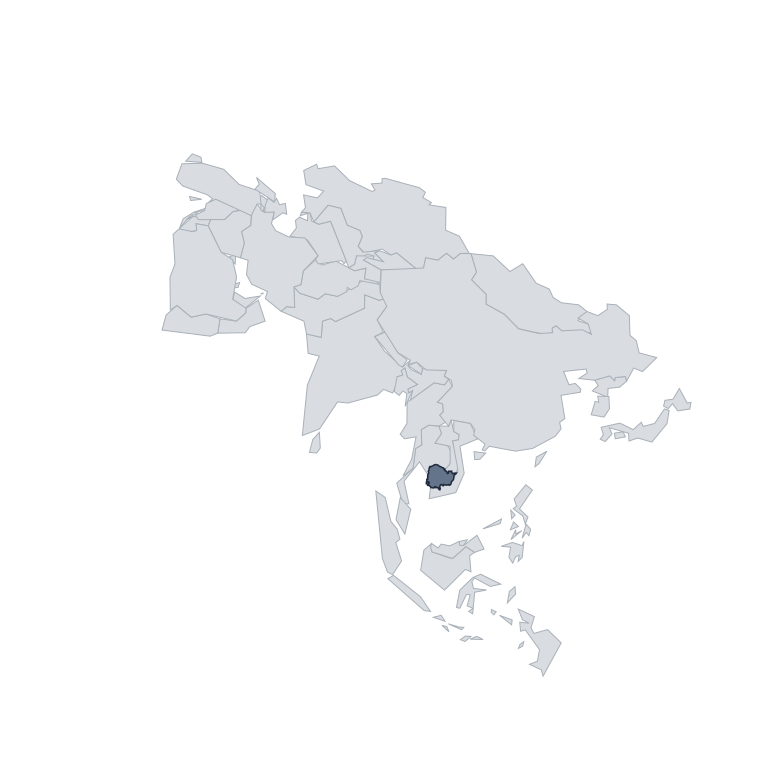 Asia, with Cambodia highlighted, rotated 28°
{"feature_id": "KHM", "entity_name": "Cambodia", "entity_type": "country or territory", "adm_level": 0, "iso_a3": "KHM", "parent_name": "Asia", "parent_adm1": "", "projection": "robinson", "projection_center": [105.132, 12.558], "detail": "fine", "context": "in_parent", "style": "filled", "palette": "slate", "viewbox_px": 768, "rotation_deg": 28, "n_neighbors": 45, "source": "natural_earth", "source_scale": "50m", "svg_char_len": 15527}
<svg xmlns="http://www.w3.org/2000/svg" viewBox="0 0 768 768"><g transform="rotate(28 384 384)"><path d="M397.8,228.6L390.2,232.9L386.7,241.1L377.8,239.3L373.4,249.4L361.5,253.0L364.5,263.0L361.2,267.8L333.6,262.3L329.6,266.9L319.0,265.7L305.1,277.5L296.6,274.6L295.5,264.0L290.7,259.8L277.1,261.1L263.4,249.2L250.7,252.5L246.1,273.8L238.6,267.9L230.5,271.0L231.9,265.2L224.2,254.8L237.8,251.0L240.2,242.0L221.5,244.6L212.9,233.2L221.3,221.6L224.8,224.8L237.9,214.7L258.0,220.6L283.2,219.6L285.0,217.0L278.9,213.2L288.0,207.5L285.9,203.7L288.4,201.8L323.2,194.1L330.6,195.3L330.7,201.1L340.7,201.6L339.7,204.6L355.8,199.1L366.2,219.3L381.2,218.1L397.8,228.6Z" fill="#d9dde1" stroke="#a8b0b8" stroke-width="1"/><path d="M246.1,273.8L250.7,252.5L263.4,249.2L277.1,261.1L290.7,259.8L295.5,264.0L296.6,274.6L303.4,277.5L317.6,268.3L314.4,272.6L326.2,276.3L319.5,280.5L314.0,280.0L315.0,275.8L308.5,277.1L303.7,284.0L299.7,283.7L301.9,292.0L298.4,297.9L260.4,265.5L251.5,273.7L246.1,273.8Z" fill="#d9dde1" stroke="#a8b0b8" stroke-width="1"/><path d="M662.0,529.4L661.6,567.3L657.1,562.5L644.1,563.2L649.6,556.8L646.1,545.6L624.2,534.8L620.7,538.2L615.7,530.6L624.5,527.1L616.9,527.1L608.2,519.7L626.0,518.8L628.2,530.3L633.5,533.8L643.7,524.1L662.0,529.4ZM579.3,566.0L576.4,573.3L571.4,573.9L574.2,568.3L579.3,566.0ZM626.8,554.4L626.4,550.0L628.4,545.9L629.5,550.4L626.8,554.4ZM543.1,490.1L540.2,495.4L548.9,509.0L542.8,509.6L534.2,537.6L503.8,531.3L497.2,511.8L500.9,502.5L505.3,509.7L522.2,507.1L526.4,505.9L532.7,489.1L543.1,490.1ZM594.6,534.0L607.9,532.2L609.7,536.7L594.6,534.0ZM589.3,536.3L585.8,535.2L584.8,532.7L590.0,532.4L589.3,536.3ZM594.8,501.5L598.8,507.6L595.7,519.4L592.1,508.3L594.8,501.5ZM558.6,506.6L581.0,505.9L573.0,512.8L555.0,512.8L554.3,517.2L558.9,522.4L571.3,517.8L561.8,525.3L570.2,545.3L565.5,545.0L568.0,540.2L561.6,540.9L559.0,529.5L555.6,531.3L556.2,546.4L552.9,547.3L547.7,530.5L553.2,513.3L558.6,506.6ZM557.7,572.3L548.5,569.9L553.3,568.7L557.7,572.3ZM553.4,565.5L564.1,563.5L568.7,561.4L567.9,564.6L553.4,565.5ZM543.1,561.4L549.3,564.9L537.1,566.8L543.1,561.4ZM482.3,548.5L516.0,554.7L531.8,563.0L525.9,565.2L478.8,554.1L482.3,548.5ZM468.9,518.4L482.6,532.0L481.1,548.3L475.4,548.4L464.5,538.8L427.0,482.3L438.3,483.6L454.5,502.0L464.0,506.1L470.9,513.6L468.9,518.4Z" fill="#d9dde1" stroke="#a8b0b8" stroke-width="1"/><path d="M579.8,568.9L584.3,563.3L591.4,563.1L579.8,568.9Z" fill="#d9dde1" stroke="#a8b0b8" stroke-width="1"/><path d="M139.3,320.4L133.4,328.6L130.3,342.4L129.1,332.4L135.5,321.5L139.3,320.4Z" fill="#d9dde1" stroke="#a8b0b8" stroke-width="1"/><path d="M144.2,315.0L135.6,321.5L143.9,312.7L144.2,315.0Z" fill="#d9dde1" stroke="#a8b0b8" stroke-width="1"/><path d="M136.8,325.5L132.5,331.6L135.2,324.7L136.8,325.5Z" fill="#d9dde1" stroke="#a8b0b8" stroke-width="1"/><path d="M136.8,325.5L153.9,319.8L154.4,326.9L142.9,330.7L146.6,336.5L135.7,344.1L130.3,342.4L136.8,325.5Z" fill="#d9dde1" stroke="#a8b0b8" stroke-width="1"/><path d="M209.1,373.0L221.2,373.7L233.4,364.4L225.4,383.2L210.6,380.2L209.1,373.0Z" fill="#d9dde1" stroke="#a8b0b8" stroke-width="1"/><path d="M205.5,370.0L205.6,365.8L208.8,362.1L209.8,367.3L205.5,370.0Z" fill="#d9dde1" stroke="#a8b0b8" stroke-width="1"/><path d="M192.0,339.1L196.3,347.9L187.6,344.7L192.0,339.1Z" fill="#d9dde1" stroke="#a8b0b8" stroke-width="1"/><path d="M154.4,326.9L153.9,319.8L165.9,313.7L169.8,302.4L178.4,296.5L187.7,297.7L192.0,306.4L186.8,316.3L194.6,325.1L198.1,339.9L178.5,344.2L154.4,326.9Z" fill="#d9dde1" stroke="#a8b0b8" stroke-width="1"/><path d="M226.6,381.9L233.6,369.0L249.5,384.3L238.6,396.3L237.4,403.9L213.3,417.2L208.6,403.5L224.2,397.7L228.5,386.1L226.6,381.9ZM234.9,361.0L232.7,362.4L234.3,360.5L234.9,361.0Z" fill="#d9dde1" stroke="#a8b0b8" stroke-width="1"/><path d="M478.0,431.1L466.7,431.3L464.6,443.2L451.9,436.1L447.3,460.4L462.2,478.0L457.2,481.1L441.8,465.6L449.2,444.9L442.2,426.1L445.9,420.0L438.3,406.8L442.8,399.4L452.3,395.3L458.1,400.8L456.9,412.2L467.8,407.6L475.5,412.7L479.9,423.5L478.0,431.1Z" fill="#d9dde1" stroke="#a8b0b8" stroke-width="1"/><path d="M489.1,431.5L478.0,431.1L479.9,423.5L471.6,408.0L456.9,412.2L458.1,400.8L452.3,395.3L460.8,390.9L460.1,384.2L467.9,393.2L474.1,393.3L476.0,398.4L471.3,402.0L488.7,421.5L489.1,431.5Z" fill="#d9dde1" stroke="#a8b0b8" stroke-width="1"/><path d="M452.3,395.3L442.8,399.4L438.3,406.8L445.9,420.0L442.2,426.1L449.2,444.9L443.9,456.3L443.8,437.8L437.1,415.6L427.9,422.7L421.9,420.8L422.8,408.1L412.9,389.1L427.7,359.4L437.8,356.4L438.9,349.6L445.5,354.0L439.8,375.0L445.1,374.0L449.4,380.5L447.9,385.4L457.5,386.9L452.3,395.3Z" fill="#d9dde1" stroke="#a8b0b8" stroke-width="1"/><path d="M473.5,453.1L483.3,450.4L481.1,446.8L489.6,442.3L490.0,425.7L471.3,402.0L476.0,398.4L474.1,393.3L467.9,393.2L462.7,383.4L478.6,378.2L492.3,388.7L480.3,403.2L496.7,425.2L498.4,446.2L477.7,464.1L473.5,453.1Z" fill="#d9dde1" stroke="#a8b0b8" stroke-width="1"/><path d="M596.9,267.5L593.5,276.2L583.9,282.7L587.8,290.8L571.2,292.3L573.9,284.9L568.3,281.7L571.9,278.0L579.6,270.8L586.1,272.9L585.1,269.8L593.5,264.1L596.9,267.5Z" fill="#d9dde1" stroke="#a8b0b8" stroke-width="1"/><path d="M578.4,294.4L588.4,289.4L594.7,300.0L593.8,309.9L581.4,313.9L578.6,300.3L582.1,299.3L578.4,294.4Z" fill="#d9dde1" stroke="#a8b0b8" stroke-width="1"/><path d="M399.6,228.1L420.3,219.6L442.4,225.6L450.0,212.7L471.1,223.6L485.4,222.6L492.6,228.2L502.4,229.0L518.7,222.7L529.2,224.7L525.7,237.0L536.1,235.1L544.2,240.9L516.0,253.6L508.7,251.9L506.3,255.6L508.7,259.7L502.2,264.8L476.8,272.1L457.6,266.0L436.6,265.6L432.1,256.9L412.3,250.9L413.1,241.8L399.6,228.1Z" fill="#d9dde1" stroke="#a8b0b8" stroke-width="1"/><path d="M438.9,349.6L437.8,356.4L427.7,359.4L414.9,385.8L412.4,376.6L410.1,380.3L407.4,377.3L413.7,368.7L401.5,367.0L395.0,360.2L393.0,364.1L396.5,367.2L392.2,371.5L395.2,373.0L395.8,387.9L386.1,389.0L383.4,396.8L361.0,417.8L351.4,421.6L348.2,453.9L336.1,467.8L316.9,421.1L313.7,389.8L302.7,392.6L292.1,376.2L306.7,372.3L300.2,357.3L306.2,351.2L311.9,351.6L331.2,326.2L325.0,314.3L340.3,312.4L345.5,307.5L350.1,314.3L347.9,330.6L359.0,338.4L353.5,346.5L369.0,354.8L392.4,360.3L396.1,350.6L396.5,356.4L400.9,358.6L412.3,357.9L410.8,352.4L433.0,342.6L433.5,348.7L438.9,349.6Z" fill="#d9dde1" stroke="#a8b0b8" stroke-width="1"/><path d="M412.4,376.6L413.2,393.8L408.6,381.6L404.0,381.4L402.7,387.0L396.5,385.7L392.2,371.5L396.5,367.2L393.0,364.1L395.0,360.2L401.5,367.0L413.7,368.7L407.4,377.3L410.1,380.3L412.4,376.6Z" fill="#d9dde1" stroke="#a8b0b8" stroke-width="1"/><path d="M410.8,352.4L412.3,357.9L396.5,356.4L402.6,349.4L410.8,352.4Z" fill="#d9dde1" stroke="#a8b0b8" stroke-width="1"/><path d="M393.1,351.8L392.4,360.3L388.3,360.4L353.5,346.5L361.2,337.0L381.7,349.9L393.1,351.8Z" fill="#d9dde1" stroke="#a8b0b8" stroke-width="1"/><path d="M345.5,307.5L340.3,312.4L325.0,314.3L331.2,326.2L311.9,351.6L306.2,351.2L300.2,357.3L306.7,372.3L292.1,376.2L283.8,366.1L259.2,368.1L261.7,361.4L269.2,358.4L258.9,340.5L266.9,343.4L285.9,340.1L289.8,331.9L301.9,328.4L317.2,301.6L333.6,298.0L337.8,305.1L345.5,307.5Z" fill="#d9dde1" stroke="#a8b0b8" stroke-width="1"/><path d="M283.5,298.1L305.0,297.8L313.7,290.1L317.4,300.2L324.7,295.8L333.6,298.0L314.1,304.1L315.1,309.4L310.8,316.2L306.2,316.0L307.7,319.9L301.9,328.4L289.8,331.9L285.9,340.1L266.9,343.4L258.9,340.5L264.0,335.2L259.7,322.1L265.2,306.6L273.5,308.0L283.5,298.1Z" fill="#d9dde1" stroke="#a8b0b8" stroke-width="1"/><path d="M298.4,297.9L301.9,292.0L299.7,283.7L315.0,275.8L316.0,279.9L308.1,284.1L328.0,284.6L332.9,296.3L317.4,300.2L313.7,290.1L305.0,297.8L298.4,297.9Z" fill="#d9dde1" stroke="#a8b0b8" stroke-width="1"/><path d="M317.6,268.3L329.6,266.9L333.6,262.3L361.2,267.8L328.0,284.6L308.1,284.1L309.0,280.7L326.2,276.3L314.4,272.6L317.6,268.3Z" fill="#d9dde1" stroke="#a8b0b8" stroke-width="1"/><path d="M230.5,271.0L238.6,267.9L243.7,274.1L251.5,273.7L260.4,265.5L292.9,293.1L292.3,296.6L288.8,294.9L269.7,308.8L265.2,306.6L265.5,301.7L248.9,292.7L231.6,297.6L233.4,287.4L229.0,281.1L231.2,276.3L239.9,275.8L236.6,269.1L231.0,274.8L230.5,271.0Z" fill="#d9dde1" stroke="#a8b0b8" stroke-width="1"/><path d="M198.1,339.9L194.6,325.1L186.8,316.3L192.0,306.4L186.1,293.1L187.5,284.6L196.2,288.6L206.4,283.7L209.4,295.3L216.5,299.5L230.9,298.9L245.6,292.2L265.5,301.7L259.7,322.1L264.0,335.2L258.9,340.5L269.2,358.4L261.7,361.4L259.2,368.1L239.1,364.3L237.7,357.1L220.3,358.0L211.2,351.9L206.0,338.6L198.1,339.9Z" fill="#d9dde1" stroke="#a8b0b8" stroke-width="1"/><path d="M138.1,323.7L144.2,315.0L142.4,308.0L148.5,299.8L176.1,297.4L169.8,302.4L165.9,313.7L143.0,326.0L138.1,323.7Z" fill="#d9dde1" stroke="#a8b0b8" stroke-width="1"/><path d="M198.0,288.4L186.5,279.8L187.5,275.0L196.4,276.6L198.0,288.4Z" fill="#d9dde1" stroke="#a8b0b8" stroke-width="1"/><path d="M187.7,297.7L148.5,299.8L144.2,305.6L145.5,300.8L138.8,299.9L113.6,303.7L104.5,300.7L102.2,284.4L120.1,274.3L141.7,269.7L162.5,275.8L183.7,272.2L191.1,283.0L187.5,284.6L187.7,297.7ZM106.7,270.8L115.9,269.7L119.1,273.8L104.3,280.4L106.7,270.8Z" fill="#d9dde1" stroke="#a8b0b8" stroke-width="1"/><path d="M357.8,470.4L357.0,476.5L350.3,479.4L347.2,466.4L349.6,457.0L357.8,470.4Z" fill="#d9dde1" stroke="#a8b0b8" stroke-width="1"/><path d="M499.6,408.2L495.3,401.4L506.2,397.3L504.0,405.4L499.6,408.2ZM328.0,284.6L364.5,263.0L361.5,253.0L373.4,249.4L377.8,239.3L386.7,241.1L390.2,232.9L399.6,228.1L413.1,241.8L412.3,250.9L432.1,256.9L436.6,265.6L457.6,266.0L476.8,272.1L496.8,266.8L508.7,259.7L506.3,255.6L508.7,251.9L516.0,253.6L533.7,243.0L543.9,242.9L536.1,235.1L524.4,234.7L529.2,224.7L540.7,223.3L546.2,213.1L543.4,208.7L552.0,205.0L568.6,208.5L578.3,225.5L586.3,227.3L594.7,236.7L612.4,232.7L606.4,251.7L597.0,252.7L596.9,267.5L593.5,264.1L585.1,269.8L586.1,272.9L579.6,270.8L568.3,281.7L553.5,287.7L558.2,278.9L555.5,275.9L536.7,288.6L547.6,297.8L552.7,293.7L560.2,296.1L561.2,299.1L545.6,310.9L559.9,329.6L557.1,335.5L561.4,340.4L559.7,349.8L545.4,371.2L531.7,381.5L506.1,389.6L504.4,395.7L501.6,396.1L501.4,389.6L487.2,387.2L485.6,381.4L478.6,378.2L460.1,384.2L460.8,390.9L447.9,385.4L449.4,380.5L445.1,374.0L439.8,375.0L445.5,354.0L441.8,349.2L433.5,348.7L433.0,342.6L414.8,351.7L402.6,349.4L396.4,355.2L396.1,350.6L381.7,349.9L347.9,330.6L350.1,314.3L337.8,305.1L328.0,284.6Z" fill="#d9dde1" stroke="#a8b0b8" stroke-width="1"/><path d="M559.4,366.9L558.2,381.5L556.2,386.2L552.8,377.0L559.4,366.9Z" fill="#d9dde1" stroke="#a8b0b8" stroke-width="1"/><path d="M202.0,270.6L207.5,274.7L212.1,270.9L218.4,279.8L214.4,280.3L208.8,291.1L206.4,283.7L198.0,288.4L195.2,281.9L194.3,274.1L201.2,275.2L202.0,270.6ZM196.2,288.6L193.1,287.8L191.1,283.0L195.3,284.4L196.2,288.6Z" fill="#d9dde1" stroke="#a8b0b8" stroke-width="1"/><path d="M174.4,261.5L198.6,266.9L202.0,274.5L178.6,272.5L180.0,266.1L174.4,261.5Z" fill="#d9dde1" stroke="#a8b0b8" stroke-width="1"/><path d="M560.0,443.1L555.1,435.8L561.3,438.1L560.0,443.1ZM569.1,461.7L568.7,450.8L570.8,454.4L574.5,448.8L569.1,461.7ZM581.5,457.4L587.4,472.3L585.7,477.7L583.8,471.7L581.4,474.7L581.7,481.7L575.6,478.3L572.4,468.6L563.7,472.3L571.7,463.6L581.8,461.9L581.5,457.4ZM552.1,452.7L539.3,465.5L551.1,448.0L552.1,452.7ZM564.8,408.0L562.2,430.7L573.6,433.9L574.4,441.2L568.4,435.3L556.6,433.5L558.4,429.6L552.9,424.5L556.5,406.4L564.8,408.0ZM564.0,453.4L563.2,444.9L569.6,446.7L564.0,453.4ZM581.7,443.4L583.2,449.9L579.3,448.3L578.3,455.2L575.3,441.1L581.7,443.4Z" fill="#d9dde1" stroke="#a8b0b8" stroke-width="1"/><path d="M451.7,476.6L466.4,482.0L472.9,506.7L458.3,498.1L451.7,476.6ZM543.1,490.1L532.7,489.1L526.4,505.9L505.3,509.7L501.8,506.4L500.9,502.5L508.6,503.4L509.7,498.5L518.0,496.1L524.2,487.8L530.1,489.1L537.1,473.9L549.8,482.7L543.1,490.1Z" fill="#d9dde1" stroke="#a8b0b8" stroke-width="1"/><path d="M530.6,482.5L530.1,489.1L526.6,490.9L524.2,487.8L530.6,482.5Z" fill="#d9dde1" stroke="#a8b0b8" stroke-width="1"/><path d="M652.5,286.1L647.8,309.5L633.4,312.6L627.1,319.3L623.1,312.7L603.5,316.8L608.8,321.1L606.3,331.0L600.8,331.2L601.6,326.0L596.1,320.3L610.6,307.8L625.4,307.3L629.2,297.0L632.8,299.7L641.5,291.7L643.3,274.4L648.1,273.4L652.5,286.1ZM660.7,258.5L663.6,256.1L665.8,262.5L656.0,269.8L648.0,265.9L646.5,272.2L641.3,272.3L639.7,266.5L646.3,261.8L646.9,249.4L660.7,258.5ZM610.5,319.3L617.5,314.0L622.0,317.3L614.0,323.7L610.5,319.3Z" fill="#d9dde1" stroke="#a8b0b8" stroke-width="1"/><path d="M208.6,403.5L213.3,417.2L208.0,423.4L162.7,440.6L159.2,425.6L164.3,411.8L182.4,415.5L193.9,405.8L208.6,403.5Z" fill="#d9dde1" stroke="#a8b0b8" stroke-width="1"/><path d="M130.3,343.2L143.5,339.4L146.6,336.5L142.9,330.7L154.4,326.9L178.5,344.2L191.9,345.3L203.6,358.7L210.6,380.2L226.6,381.9L228.5,386.1L224.2,397.7L193.9,405.8L182.4,415.5L164.3,411.8L160.6,419.0L144.9,390.2L143.1,376.2L127.5,350.8L130.3,343.2Z" fill="#d9dde1" stroke="#a8b0b8" stroke-width="1"/><path d="M136.4,306.4L127.1,312.8L124.3,309.7L136.4,306.4Z" fill="#d9dde1" stroke="#a8b0b8" stroke-width="1"/><path d="M489.8,428.6L489.8,428.9L489.6,429.5L489.4,430.0L489.0,430.5L488.9,430.9L488.8,431.9L488.9,432.3L489.0,432.5L489.5,433.7L489.8,434.7L490.1,435.4L490.2,435.9L489.9,437.2L489.5,438.3L489.6,438.9L489.7,439.4L489.9,440.2L490.0,441.2L489.9,441.8L489.7,442.2L489.4,442.6L489.1,442.8L488.8,442.5L488.6,442.4L488.2,442.5L487.9,442.7L487.4,443.3L486.8,443.9L485.9,444.0L485.6,444.4L485.2,444.5L484.6,444.5L484.1,444.6L484.2,444.8L484.1,445.8L484.1,446.1L483.8,446.2L483.2,446.0L482.5,445.8L482.1,445.7L481.8,446.2L481.6,446.3L481.3,446.4L481.2,446.6L481.2,446.9L481.3,447.3L481.3,448.0L481.3,448.4L481.5,448.7L482.5,449.7L482.8,449.9L482.9,450.1L482.7,450.6L482.9,451.3L482.5,451.3L482.0,451.0L481.7,450.8L481.4,451.0L481.3,450.9L481.1,450.6L480.8,450.2L480.5,450.2L479.9,450.3L479.2,450.4L478.9,450.5L478.5,451.0L478.4,450.9L477.7,450.7L477.1,450.6L477.0,450.8L477.1,451.2L477.2,451.7L477.1,451.9L476.8,452.1L476.4,452.5L476.1,452.8L475.3,452.9L474.7,453.0L474.4,453.3L474.2,453.5L473.1,452.8L471.5,452.5L471.3,452.2L471.1,452.1L471.0,452.6L470.1,453.0L469.7,452.7L469.4,452.4L469.4,452.1L469.7,451.8L470.2,451.5L470.4,450.8L470.0,449.8L469.7,449.5L469.4,449.3L469.1,449.6L468.8,450.3L468.5,450.6L468.1,450.7L467.5,450.6L467.2,449.7L467.1,448.9L467.2,448.0L467.3,447.5L466.7,446.7L466.7,446.0L466.4,445.6L466.3,445.8L466.3,446.0L466.3,445.9L465.3,443.8L465.2,442.8L465.4,442.1L465.4,441.8L465.2,441.4L464.8,441.0L464.1,440.4L464.1,439.5L464.0,438.4L463.8,438.0L463.5,437.4L463.3,436.8L463.2,435.3L463.3,435.2L463.8,435.2L464.4,435.1L464.5,434.8L464.4,434.6L464.8,434.3L465.3,433.6L465.8,432.8L466.1,432.3L466.3,431.9L466.9,431.2L467.7,430.7L468.3,430.6L468.9,430.5L469.5,430.2L469.8,430.2L470.5,430.5L470.9,430.5L471.3,430.5L471.7,430.6L472.1,430.5L473.0,430.4L473.9,430.5L474.8,430.4L475.8,430.2L476.3,430.3L476.8,430.5L476.8,431.0L477.1,431.3L477.3,431.3L477.6,431.0L477.8,430.7L477.9,430.8L478.0,431.1L478.2,431.5L478.4,431.7L478.7,432.0L478.9,432.0L479.6,431.7L480.7,432.2L480.8,432.4L481.2,432.8L481.5,433.1L482.4,433.1L482.6,432.4L482.5,431.9L482.0,431.1L481.9,430.7L482.1,430.6L482.9,430.5L483.0,430.4L483.2,429.9L483.4,429.9L483.8,430.0L484.3,429.7L484.6,429.3L484.7,429.5L484.9,429.7L485.1,429.9L485.4,430.1L485.8,430.4L486.0,430.7L486.2,430.8L486.7,430.7L486.8,430.8L487.1,430.4L487.3,430.2L487.7,430.2L488.2,429.8L488.4,429.3L488.6,429.2L489.0,429.4L489.5,428.8L489.8,428.6ZM466.9,448.5L466.7,448.5L466.6,448.4L466.7,448.1L466.7,447.9L466.9,447.9L466.9,448.5ZM468.3,451.8L468.1,452.0L467.8,451.5L467.8,451.4L468.3,451.8Z" fill="#64748b" stroke="#1e293b" stroke-width="1.5"/></g></svg>